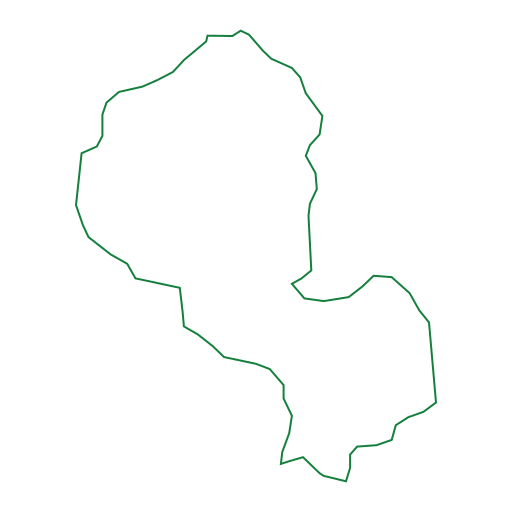 the district of Icheon-si, Gyeonggi, South Korea
{"feature_id": "91817680B6202152929023", "entity_name": "Icheon-si", "entity_type": "district", "adm_level": 2, "iso_a3": "KOR", "parent_name": "South Korea", "parent_adm1": "Gyeonggi", "projection": "robinson", "projection_center": [127.497, 37.193], "detail": "fine", "context": "isolated", "style": "outline", "palette": "green", "viewbox_px": 512, "rotation_deg": 0, "n_neighbors": 0, "source": "geoboundaries", "source_scale": "gbopen_adm2", "svg_char_len": 1030}
<svg xmlns="http://www.w3.org/2000/svg" viewBox="0 0 512 512"><path d="M81.6,153.2L76.0,205.1L82.9,225.1L88.5,237.1L110.6,254.4L127.2,263.8L135.5,278.4L179.8,287.8L182.6,311.8L183.9,326.4L191.3,330.7L197.8,334.4L213.0,346.4L224.1,357.1L255.9,363.8L269.8,369.1L283.6,385.1L283.6,398.5L291.9,415.8L289.2,433.2L282.3,451.9L280.9,463.9L289.2,461.2L303.0,457.2L319.7,473.3L323.8,475.9L346.0,481.3L350.1,467.9L350.1,454.6L357.1,446.6L376.4,445.2L391.7,439.9L395.8,425.2L408.3,417.2L423.5,411.8L436.0,402.5L434.6,386.5L429.0,322.4L419.3,310.4L409.6,293.1L391.6,277.1L373.6,275.8L362.5,286.4L348.7,297.1L323.8,301.1L304.4,298.4L291.9,283.8L301.6,278.4L311.3,270.4L308.5,215.8L309.9,203.8L316.8,189.1L315.5,173.1L305.8,155.8L309.9,145.2L319.6,134.5L322.4,115.9L305.8,93.3L300.2,77.3L291.9,68.0L271.2,58.7L262.9,50.7L249.0,34.7L240.7,30.7L232.4,36.0L207.5,35.7L206.2,41.4L184.0,60.0L172.9,72.0L157.7,79.9L142.5,86.6L119.0,91.9L106.5,102.6L102.4,114.6L102.4,135.9L96.8,146.5L81.6,153.2Z" fill="none" stroke="#15803d" stroke-width="2"/></svg>